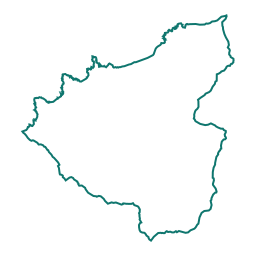 outline of Sao Pedro Apostolo, Ribeira Grande, Cabo Verde
{"feature_id": "66160863B19660935593220", "entity_name": "Sao Pedro Apostolo", "entity_type": "district", "adm_level": 2, "iso_a3": "CPV", "parent_name": "Cabo Verde", "parent_adm1": "Ribeira Grande", "projection": "albers", "projection_center": [-25.188, 17.13], "detail": "fine", "context": "isolated", "style": "outline", "palette": "teal", "viewbox_px": 256, "rotation_deg": 0, "n_neighbors": 0, "source": "geoboundaries", "source_scale": "gbopen_adm2", "svg_char_len": 5617}
<svg xmlns="http://www.w3.org/2000/svg" viewBox="0 0 256 256"><path d="M226.4,15.4L225.0,16.0L221.4,16.7L217.3,20.4L215.0,21.2L212.1,21.5L210.0,23.1L207.8,23.7L206.2,23.5L204.7,24.5L199.8,24.7L195.7,24.0L189.0,24.2L188.3,24.4L187.4,24.3L187.2,24.0L186.5,24.1L185.5,25.1L185.4,26.4L184.9,27.7L184.3,27.4L183.1,27.4L182.1,26.1L182.5,24.9L182.0,24.9L181.0,23.3L178.7,23.7L178.3,24.2L177.7,24.2L177.2,25.5L177.8,26.0L177.7,26.5L176.6,26.8L176.0,26.4L175.6,26.5L176.5,28.0L175.7,28.8L174.8,29.0L174.4,28.4L174.5,27.9L173.8,27.7L172.8,28.1L172.7,28.9L172.1,29.6L172.3,30.8L172.1,31.2L171.6,31.3L169.1,29.8L168.3,30.6L168.7,31.2L167.8,32.5L165.1,32.9L165.4,33.9L164.7,33.9L164.4,34.4L164.9,35.1L163.6,35.6L163.8,36.1L163.3,36.5L164.0,36.7L163.8,37.3L164.2,37.5L164.3,38.3L164.7,38.6L164.2,38.7L164.8,39.0L164.5,39.8L164.9,40.0L164.6,40.1L164.8,40.3L164.8,42.5L164.2,43.0L162.8,43.2L160.5,42.9L161.3,43.3L161.2,43.8L160.3,45.0L157.9,46.4L156.5,47.6L155.6,48.9L153.7,54.2L153.0,55.1L147.6,57.9L135.9,62.2L134.3,62.2L131.0,64.1L129.0,64.5L124.4,66.2L122.2,66.5L120.6,67.1L119.2,67.1L118.2,67.6L117.4,67.2L116.5,67.6L115.5,67.1L113.9,67.6L113.1,67.0L112.6,65.3L109.5,63.5L108.8,63.9L108.2,65.0L106.1,67.2L105.3,66.6L104.4,66.5L104.1,66.0L103.6,66.4L101.6,66.3L100.6,65.1L100.7,65.7L100.2,65.9L100.5,66.4L99.1,66.8L98.5,63.4L96.4,62.5L96.3,62.0L96.7,61.2L96.6,60.7L96.1,60.5L96.2,59.6L96.4,59.8L96.5,59.5L96.1,57.8L95.6,57.1L94.8,57.0L94.2,57.3L93.3,56.5L92.4,56.3L92.6,58.9L92.1,59.5L92.6,61.1L93.9,61.5L93.9,63.7L93.5,65.2L93.9,65.9L93.8,66.8L92.9,67.9L92.0,67.1L91.4,66.9L91.3,67.9L90.9,68.1L91.0,69.0L90.6,68.9L90.4,69.4L88.3,68.5L87.5,68.8L87.7,69.6L87.1,69.5L87.2,70.2L87.5,70.4L87.0,71.8L87.2,72.5L88.2,73.0L88.5,75.3L87.2,77.4L86.9,77.4L87.0,77.8L86.1,78.7L81.1,81.6L79.7,81.4L78.9,80.1L78.2,79.7L77.9,80.5L77.5,80.5L76.6,78.8L76.1,78.6L75.7,78.6L75.6,79.3L75.2,79.6L74.0,78.8L74.1,79.5L73.4,79.8L72.4,78.2L71.7,78.0L71.7,77.2L71.4,77.1L71.3,76.6L71.0,76.8L70.3,75.8L70.0,75.8L70.0,76.6L69.7,77.0L69.2,75.9L68.0,75.2L67.7,75.5L67.1,75.3L65.3,74.0L62.7,74.4L62.5,74.9L63.0,75.9L62.4,76.5L62.6,78.4L62.0,78.0L61.8,78.3L62.2,78.9L62.0,80.2L63.3,81.9L63.7,83.2L63.5,83.9L62.7,84.2L62.6,85.0L61.9,85.8L62.3,87.6L61.8,87.8L62.1,88.0L61.4,87.9L61.5,88.5L62.0,88.7L62.6,91.1L63.3,91.9L63.2,92.5L62.5,92.4L63.2,93.3L62.9,94.1L62.2,94.8L60.9,93.8L61.4,95.1L61.0,95.5L61.0,96.3L58.1,98.1L57.6,97.8L57.6,98.8L56.7,99.0L53.3,101.8L50.6,102.2L49.5,101.8L49.5,102.4L48.7,102.8L48.2,102.7L47.9,102.0L47.0,101.6L47.3,102.2L46.4,101.5L45.8,100.3L43.2,98.4L42.2,98.3L41.2,97.4L40.7,97.6L39.3,97.2L38.2,98.1L36.9,97.8L36.4,98.1L35.5,98.0L34.6,98.3L34.2,99.8L34.6,101.7L35.3,102.8L34.4,103.5L34.8,103.9L35.3,103.8L35.4,104.5L35.2,104.8L34.8,104.8L36.1,107.5L35.4,107.9L35.3,109.3L34.4,109.9L35.5,110.4L35.9,111.0L35.4,111.0L36.6,112.4L36.7,112.6L36.3,112.4L37.5,114.1L37.3,114.8L37.3,116.8L36.1,119.4L35.3,119.4L35.1,119.7L34.7,119.6L35.2,120.5L33.4,120.4L33.9,124.0L32.4,126.0L31.6,125.9L30.4,124.8L29.4,124.5L29.4,126.3L28.4,127.2L27.8,127.1L27.4,128.6L26.3,130.0L22.4,131.5L23.5,133.0L24.4,133.5L26.1,135.4L27.8,137.9L29.8,139.9L31.4,140.8L32.8,140.3L33.6,140.5L37.4,142.8L38.6,144.5L40.9,144.4L43.1,145.3L44.2,146.7L45.3,146.9L47.5,150.1L48.2,150.2L48.9,152.0L51.4,154.6L52.7,156.9L54.0,157.8L58.1,162.4L59.4,164.8L58.0,166.0L58.9,167.9L59.7,173.8L60.0,174.5L61.6,174.8L62.8,175.6L62.8,177.2L64.3,178.3L65.7,180.4L69.5,177.6L71.3,177.1L73.1,178.0L74.0,179.4L77.4,181.6L77.5,182.5L78.5,183.5L78.3,184.2L79.2,185.7L81.8,185.5L85.1,187.8L85.7,189.4L88.1,192.7L93.5,196.0L96.3,196.3L96.8,196.7L98.8,195.9L100.8,196.3L103.8,198.9L105.0,200.9L107.9,203.7L111.6,202.4L113.5,202.9L115.9,202.5L121.5,204.6L122.8,204.2L122.9,203.6L123.6,203.4L126.4,203.8L131.3,203.9L133.0,203.2L134.3,205.1L137.7,206.3L138.4,206.9L139.8,209.4L139.7,212.2L139.0,213.1L139.6,214.9L139.4,215.8L139.9,218.6L139.6,219.5L141.3,222.5L140.1,223.0L139.0,225.0L139.1,227.5L139.6,230.1L140.5,231.7L142.1,232.5L144.5,232.8L145.9,234.4L146.4,235.5L148.5,237.1L148.6,238.1L149.3,239.4L151.0,240.6L153.8,236.8L158.2,233.0L160.8,232.8L161.7,233.1L162.2,232.9L164.1,233.2L164.8,233.0L165.9,231.7L166.8,231.2L168.0,232.0L170.3,231.7L172.0,232.4L173.9,232.4L175.9,231.2L176.9,232.2L178.9,231.0L185.6,232.8L188.1,232.4L190.5,230.3L194.4,228.7L195.7,227.3L197.3,224.6L198.4,223.7L199.5,217.5L201.6,212.9L204.3,211.0L208.8,210.5L210.6,208.9L211.6,205.0L210.6,200.8L211.4,199.8L211.5,198.2L213.2,194.5L215.2,192.6L216.3,192.5L216.6,191.6L215.7,188.6L213.0,184.9L212.9,183.9L213.9,180.5L213.7,178.4L212.7,177.8L212.8,172.0L213.6,167.7L215.1,164.6L215.1,163.0L216.4,156.9L218.2,154.4L218.0,153.4L218.6,152.1L219.5,150.8L220.0,150.5L220.6,148.9L221.3,148.6L221.0,145.6L221.8,141.6L223.6,139.5L225.1,139.3L226.0,138.3L225.8,137.3L225.0,136.3L224.7,134.4L225.8,132.4L225.8,131.0L223.8,130.0L222.9,128.7L221.0,128.7L218.0,127.5L216.0,126.4L215.2,125.5L210.9,123.4L208.1,124.7L205.2,125.1L200.2,123.9L195.7,121.3L195.1,120.6L194.8,119.5L193.8,118.6L194.3,116.8L194.2,114.5L195.1,111.4L195.7,110.3L197.4,108.8L198.5,106.9L198.4,101.1L198.0,99.8L200.5,97.8L203.7,95.7L204.8,94.9L205.5,93.7L209.1,92.1L210.8,90.6L212.7,86.6L214.8,84.0L215.4,81.6L216.7,80.8L216.8,74.3L218.6,73.7L220.6,72.4L221.3,71.5L224.2,70.5L226.1,68.0L226.3,67.2L227.4,66.1L228.7,65.7L229.9,65.9L230.8,64.2L231.3,63.8L232.1,63.8L233.4,62.2L233.3,61.2L233.6,60.4L233.4,58.7L230.7,57.1L230.5,56.0L229.2,54.5L229.2,52.7L229.8,50.5L229.5,49.4L227.8,47.5L228.9,45.0L228.3,41.6L225.9,37.4L224.4,34.0L223.1,29.4L222.9,26.9L222.4,25.9L222.2,22.2L225.6,18.9L226.6,16.3L226.4,15.4Z" fill="none" stroke="#0f766e" stroke-width="2"/></svg>